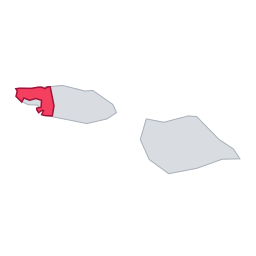 Samoa, with Atua highlighted, rotated 175°
{"feature_id": "WSM-4987", "entity_name": "Atua", "entity_type": "state/province", "adm_level": 1, "iso_a3": "WSM", "parent_name": "Samoa", "parent_adm1": "", "projection": "mercator", "projection_center": [-171.556, -13.962], "detail": "fine", "context": "in_parent", "style": "filled", "palette": "rose", "viewbox_px": 256, "rotation_deg": 175, "n_neighbors": 0, "source": "natural_earth", "source_scale": "10m", "svg_char_len": 865}
<svg xmlns="http://www.w3.org/2000/svg" viewBox="0 0 256 256"><g transform="rotate(175 128 128)"><path d="M91.4,78.9L109.6,94.7L116.8,115.5L109.0,135.5L91.9,130.6L66.9,134.8L58.6,133.4L38.6,108.9L24.8,97.9L19.2,87.5L36.9,88.7L62.6,81.9L91.4,78.9ZM234.1,176.0L189.6,176.1L167.6,168.6L159.8,168.5L141.0,152.7L138.1,144.4L148.0,138.9L168.6,136.0L209.8,148.0L216.1,158.7L225.5,159.9L232.9,164.5L234.9,172.0L234.1,176.0Z" fill="#d9dde1" stroke="#a8b0b8" stroke-width="1"/><path d="M215.7,151.0L217.3,154.1L217.1,155.8L212.8,156.2L211.7,163.1L217.3,165.4L223.6,164.2L229.1,166.9L231.6,163.1L236.8,169.3L235.1,174.5L235.5,175.2L236.3,176.9L232.2,177.1L220.7,175.9L213.8,176.5L210.6,176.2L207.3,174.5L204.6,176.0L201.9,175.8L199.8,156.6L202.3,146.7L209.3,147.5L212.9,148.8L210.6,152.7L212.4,153.1L215.7,151.0Z" fill="#f43f5e" stroke="#9f1239" stroke-width="1.5"/></g></svg>